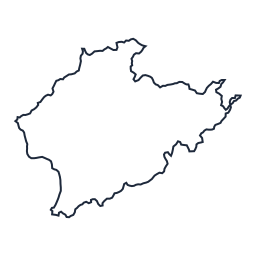 the district of Carandaí, Minas Gerais, Brazil
{"feature_id": "56859067B53353893378788", "entity_name": "Carandaí", "entity_type": "district", "adm_level": 2, "iso_a3": "BRA", "parent_name": "Brazil", "parent_adm1": "Minas Gerais", "projection": "orthographic", "projection_center": [-43.824, -20.999], "detail": "fine", "context": "isolated", "style": "outline", "palette": "slate", "viewbox_px": 256, "rotation_deg": 0, "n_neighbors": 0, "source": "geoboundaries", "source_scale": "gbopen_adm2", "svg_char_len": 3755}
<svg xmlns="http://www.w3.org/2000/svg" viewBox="0 0 256 256"><path d="M73.3,214.9L74.8,212.3L75.3,209.3L77.2,207.8L78.6,206.2L80.5,204.9L82.4,204.3L83.7,202.7L86.2,201.8L88.8,203.2L91.1,202.2L91.0,199.9L92.8,199.2L94.9,199.2L96.9,201.0L98.3,204.1L100.3,206.0L102.6,205.5L102.5,203.2L104.0,201.3L105.4,200.0L106.9,198.7L109.7,198.7L112.1,197.7L113.3,195.7L114.5,193.3L116.9,192.9L119.2,191.9L121.1,190.8L122.8,188.9L123.5,186.5L124.2,184.0L126.3,182.8L127.6,184.9L129.5,185.6L131.8,186.1L134.0,185.8L135.9,184.8L138.1,184.3L140.7,184.5L143.3,183.3L146.1,182.6L148.2,181.8L149.9,180.5L151.9,179.0L153.3,177.2L154.6,175.6L156.9,174.1L159.4,172.7L162.2,173.2L164.1,171.4L164.5,168.8L166.0,166.1L167.6,163.8L166.9,161.1L165.5,158.9L164.4,156.8L164.0,154.5L165.1,152.7L167.9,152.2L169.2,154.1L171.0,155.8L172.1,152.9L172.8,149.8L173.4,146.5L176.1,144.3L178.0,141.3L180.2,142.1L181.2,144.6L183.9,145.0L186.8,145.3L187.9,147.5L188.9,149.5L189.4,151.4L191.7,151.3L194.1,151.2L195.2,149.4L196.3,146.8L196.5,144.4L198.3,143.0L200.9,142.5L202.7,142.0L202.1,138.0L200.0,135.5L201.3,133.3L203.0,132.4L204.4,130.6L206.4,129.4L209.0,129.7L211.9,129.6L213.9,128.8L214.3,126.6L215.4,124.9L218.2,123.9L220.5,122.9L221.5,121.0L223.3,119.1L225.6,116.6L225.7,113.5L228.3,112.7L230.0,109.9L230.9,107.3L230.3,104.8L228.8,106.4L227.5,108.6L225.8,109.8L224.3,108.1L223.2,106.3L221.1,105.2L222.1,101.9L221.3,98.9L221.8,95.9L219.1,93.6L216.4,92.2L216.0,89.7L218.2,88.5L220.5,86.8L221.3,84.0L223.0,82.4L224.6,80.0L221.7,80.0L219.7,81.0L218.9,83.0L216.1,82.9L213.0,81.7L210.9,84.1L208.8,85.8L206.9,87.9L205.9,89.9L205.0,92.0L202.8,94.0L199.7,93.7L196.8,93.2L195.0,90.5L192.1,89.6L189.5,88.9L189.1,86.5L188.4,84.4L186.4,84.4L184.6,83.5L182.3,82.0L179.3,81.9L176.8,83.2L174.9,83.3L173.1,84.0L170.6,84.5L167.4,84.9L165.3,85.9L162.9,85.8L160.1,87.4L157.8,85.1L155.7,84.4L153.9,82.6L153.0,80.0L151.8,77.8L150.2,76.7L147.9,75.8L145.4,75.1L142.8,75.5L140.5,77.8L138.5,80.1L135.2,81.4L133.5,79.2L134.8,76.8L135.7,74.4L133.6,72.6L131.1,71.2L130.7,68.9L130.7,66.5L132.2,65.3L131.8,63.2L132.2,61.0L131.5,58.8L133.0,56.7L133.9,54.7L136.0,53.2L139.0,53.5L141.1,51.7L142.3,50.1L143.5,47.9L145.5,46.2L142.4,45.4L140.5,44.4L138.3,43.0L135.7,40.2L133.2,38.8L130.8,39.4L128.8,40.8L126.1,40.5L124.1,42.5L121.8,41.8L118.9,42.0L116.5,42.9L116.9,44.9L117.5,47.3L116.5,49.9L113.4,50.0L110.4,48.4L107.9,47.0L106.2,48.4L104.5,49.3L102.6,50.9L100.0,50.8L97.5,51.1L94.5,51.4L92.0,53.7L89.8,55.0L88.0,54.5L86.3,53.2L85.2,51.0L84.3,48.8L82.1,48.7L82.9,51.2L82.6,53.7L80.9,55.7L80.4,58.4L80.9,61.1L80.1,64.9L79.2,68.3L78.8,70.5L76.7,71.5L74.7,73.4L71.3,74.3L68.9,74.5L66.6,76.0L64.2,77.5L63.0,79.3L60.3,79.0L58.4,80.2L56.3,80.8L55.0,83.4L53.9,85.8L52.5,88.4L53.5,91.7L52.2,94.1L50.7,95.4L48.0,94.7L45.7,95.8L44.0,97.2L42.2,99.5L40.4,102.0L37.8,102.9L38.2,104.9L36.3,107.4L34.1,109.2L31.6,110.5L30.1,113.4L27.8,114.3L25.4,115.0L23.3,114.9L21.2,116.1L19.7,117.5L17.6,117.1L17.3,119.5L15.4,121.1L17.9,123.1L18.5,125.7L19.2,128.1L20.6,129.6L22.8,130.6L24.1,132.5L24.7,135.8L25.5,138.8L26.2,141.4L27.3,144.1L27.0,146.4L27.1,148.4L26.9,151.1L27.3,153.9L29.0,156.7L31.3,158.2L34.2,158.2L36.5,157.9L38.9,157.4L42.2,156.9L44.8,158.0L47.0,159.0L49.0,159.8L51.0,161.3L51.9,164.3L52.2,168.2L54.2,169.3L56.4,169.9L58.5,171.8L59.3,174.5L59.9,176.8L60.4,180.1L60.5,183.8L60.8,187.6L60.8,190.9L59.4,194.6L58.6,197.4L57.9,199.3L56.9,201.7L55.6,204.7L53.9,207.6L51.9,207.9L50.8,209.8L52.4,211.1L52.1,214.4L55.9,214.9L58.5,215.6L59.0,212.7L61.1,211.7L63.0,213.4L65.4,214.7L66.6,217.0L69.1,217.2L70.6,216.0L73.3,214.9ZM230.3,104.8L232.7,103.1L233.9,101.1L236.0,100.6L237.8,98.7L239.8,97.6L240.6,95.6L238.1,95.5L235.6,95.4L234.9,98.1L232.1,98.0L230.5,99.6L229.7,102.1L230.3,104.8Z" fill="none" stroke="#1e293b" stroke-width="2"/></svg>